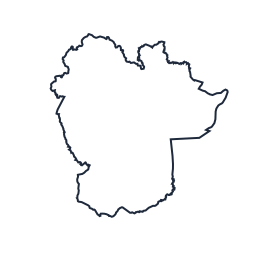 Dinh Quan, Đồng Nai, Vietnam, rotated 196°
{"feature_id": "81297802B49967994067833", "entity_name": "Dinh Quan", "entity_type": "district", "adm_level": 2, "iso_a3": "VNM", "parent_name": "Vietnam", "parent_adm1": "Đồng Nai", "projection": "albers", "projection_center": [107.306, 11.211], "detail": "fine", "context": "isolated", "style": "outline", "palette": "slate", "viewbox_px": 256, "rotation_deg": 196, "n_neighbors": 0, "source": "geoboundaries", "source_scale": "gbopen_adm2", "svg_char_len": 5837}
<svg xmlns="http://www.w3.org/2000/svg" viewBox="0 0 256 256"><g transform="rotate(196 128 128)"><path d="M213.2,144.6L212.4,143.7L210.8,142.8L208.7,144.1L208.6,142.7L208.2,142.2L207.6,142.1L207.3,141.2L206.9,141.0L206.9,140.6L205.7,140.5L205.9,139.8L205.0,139.7L205.1,138.8L204.2,137.6L202.8,137.9L202.5,139.3L202.1,139.9L200.6,139.9L199.4,140.5L198.7,140.2L197.8,140.4L200.7,126.5L200.8,124.1L200.7,122.1L199.5,122.0L198.2,122.3L198.2,121.5L196.8,118.7L196.3,118.7L195.6,117.0L195.4,115.6L194.8,114.9L193.2,114.2L193.0,113.7L193.2,113.2L192.5,112.3L191.7,111.8L189.8,109.3L189.7,108.7L187.9,106.7L188.4,106.4L188.4,105.9L187.8,105.1L187.6,103.9L186.9,102.8L186.7,102.2L185.4,100.9L185.0,100.0L184.1,99.5L183.5,98.3L183.6,97.7L182.4,95.9L181.0,95.2L180.1,94.4L180.4,93.5L178.5,93.6L178.0,93.2L178.1,91.9L178.7,91.0L177.0,90.6L175.7,88.5L175.2,89.0L174.3,88.8L172.5,86.8L171.9,85.6L170.7,85.2L169.4,84.0L169.8,82.8L168.3,82.9L166.3,81.2L165.2,81.9L164.3,82.0L163.5,81.4L163.4,80.7L163.8,80.2L162.8,79.8L162.7,79.4L161.9,79.5L161.6,80.4L161.1,80.6L159.5,83.2L159.0,83.1L158.5,82.1L156.6,81.0L156.2,81.8L154.6,81.6L155.0,79.8L154.8,77.3L155.2,76.6L156.5,75.2L157.7,73.0L159.2,71.3L163.3,69.2L162.6,67.4L162.7,64.8L162.1,62.9L161.3,61.8L159.8,60.7L159.1,56.1L158.1,54.4L157.6,51.1L158.0,49.2L157.4,46.7L157.7,46.5L156.7,45.6L156.0,43.9L155.3,43.6L152.1,44.0L145.0,42.7L143.6,42.1L143.0,40.8L142.5,40.5L140.6,40.5L138.9,39.8L138.2,40.3L137.1,40.0L133.4,36.5L132.1,36.2L131.0,35.5L130.3,36.0L130.8,37.1L130.6,38.1L128.8,38.7L126.9,39.1L124.6,39.2L123.5,38.9L122.7,39.0L122.0,38.2L120.9,38.5L119.1,38.2L117.7,39.2L116.5,41.2L116.1,42.4L116.2,43.5L115.3,44.9L114.8,47.3L114.1,48.0L113.9,48.6L112.1,50.1L111.3,50.2L102.7,47.1L101.5,47.4L100.8,48.1L98.3,47.7L97.8,48.1L97.3,49.2L96.8,49.2L96.3,49.8L95.1,50.4L94.2,50.1L93.8,50.3L93.7,51.2L90.8,51.5L90.4,52.6L88.3,53.6L86.1,57.0L82.5,60.1L80.8,60.5L80.0,61.1L78.4,63.5L78.5,65.5L77.1,66.6L76.5,66.7L76.7,67.2L76.5,67.9L76.1,67.9L76.0,67.4L75.5,67.2L75.3,67.4L75.4,68.1L74.3,68.2L73.3,69.4L72.4,69.6L72.4,70.0L73.0,70.0L72.3,71.9L72.3,72.3L72.9,72.7L72.9,73.4L72.3,74.8L71.9,75.1L70.5,74.8L69.8,75.0L68.9,76.5L68.5,75.8L67.8,76.2L67.7,76.7L68.1,77.7L67.3,79.4L68.2,80.4L67.7,81.3L66.5,81.5L66.5,81.9L67.0,81.9L66.8,82.9L67.5,82.8L67.4,83.6L68.7,83.9L68.7,84.2L68.2,84.5L68.2,85.0L68.8,85.1L69.0,85.6L69.5,86.0L69.7,87.0L70.2,86.8L69.8,88.6L69.4,88.9L70.1,89.8L69.3,89.5L69.2,90.0L69.6,90.5L69.9,91.4L70.3,91.4L70.6,90.6L71.4,91.2L71.6,93.8L72.5,95.4L73.6,101.3L74.8,105.7L77.5,113.4L83.8,128.9L56.7,138.2L48.9,147.5L52.4,147.7L50.3,150.2L48.5,151.5L47.7,152.5L46.3,156.5L46.4,160.5L48.3,168.1L48.4,171.1L47.4,174.5L46.5,175.7L44.4,177.7L43.9,178.8L42.5,184.0L42.1,190.0L42.6,191.0L43.4,191.6L44.9,191.8L46.6,190.1L48.4,187.3L52.2,185.9L55.8,183.0L58.9,182.9L59.1,183.1L60.8,183.3L64.1,184.6L66.5,184.5L70.8,185.2L70.2,187.6L69.1,190.0L68.9,192.3L77.0,192.5L77.3,191.9L79.0,192.5L82.1,194.6L82.2,195.5L83.8,199.0L84.7,199.8L84.8,201.0L85.2,201.3L85.0,201.9L85.4,202.1L85.0,202.6L85.9,202.8L86.6,204.2L86.6,206.1L87.4,206.4L87.8,206.3L88.2,206.8L89.1,205.8L89.3,206.8L90.3,207.3L91.9,206.8L92.2,207.2L92.7,206.7L92.4,206.1L92.6,205.4L92.9,205.6L93.7,205.3L94.3,204.5L94.5,205.0L95.1,205.0L96.4,203.7L96.9,204.0L98.3,204.2L99.4,203.7L99.5,204.2L100.2,204.1L100.3,203.8L100.9,203.9L101.0,203.4L101.6,203.5L101.8,203.3L102.5,203.6L102.5,203.2L102.9,203.6L103.5,203.4L104.7,202.2L105.5,202.4L106.3,201.7L106.9,202.0L107.0,202.4L107.3,202.6L107.3,203.1L107.7,202.8L107.8,203.3L108.5,203.4L108.6,204.1L109.7,204.7L109.4,206.6L110.3,208.0L110.2,208.9L111.2,209.3L111.6,210.1L112.9,210.6L113.4,210.7L113.6,210.4L114.1,210.7L114.6,210.5L114.9,210.7L115.0,211.5L114.8,212.7L114.4,213.2L114.9,213.7L114.7,214.7L115.3,216.3L116.1,216.6L116.9,217.9L116.5,219.4L116.7,220.5L119.4,220.4L121.0,219.6L121.0,219.3L121.9,219.3L122.1,218.8L121.9,218.4L122.4,217.4L123.7,215.9L125.2,215.4L126.6,213.2L126.8,212.1L127.3,212.4L127.3,212.2L129.7,212.9L133.9,213.3L135.3,212.3L135.6,210.9L136.4,210.4L137.0,210.6L137.1,209.8L138.0,209.4L138.3,208.4L139.0,208.2L138.8,207.7L139.4,207.5L138.7,206.5L138.9,206.2L138.7,205.3L139.0,205.1L138.7,204.7L139.2,204.3L138.9,203.5L137.7,202.3L137.6,201.5L136.9,201.2L137.3,200.7L136.9,199.5L137.2,199.7L137.7,199.3L137.9,198.5L137.4,196.1L137.0,196.0L136.9,196.4L136.1,195.8L135.8,196.6L133.5,196.0L132.8,194.9L132.2,194.7L132.2,194.1L131.5,193.7L131.2,192.6L129.5,191.5L129.3,191.1L129.3,189.3L131.1,188.4L131.8,188.6L133.1,191.3L135.8,190.8L136.6,192.3L137.9,191.9L140.3,192.7L143.2,191.3L144.8,192.2L145.8,191.6L147.7,191.5L148.9,192.6L149.1,193.3L149.0,194.5L150.7,195.1L151.9,196.5L152.1,197.4L154.3,199.3L153.9,200.7L154.1,201.3L154.6,201.5L155.7,200.8L156.3,200.9L157.0,203.2L157.9,204.3L158.8,204.6L159.5,204.4L160.1,203.9L160.7,202.5L161.9,202.0L162.8,203.0L163.2,204.6L164.5,205.5L165.5,206.7L167.7,207.6L170.0,207.8L171.2,209.4L172.0,210.0L173.1,209.7L173.0,208.0L173.4,207.5L176.0,208.3L180.1,208.3L183.1,206.1L183.8,205.9L186.1,206.2L188.2,207.3L191.5,207.5L191.9,207.1L191.9,206.3L192.6,204.7L193.9,203.9L195.3,202.4L196.5,199.8L196.2,198.0L194.7,195.7L194.9,194.4L195.8,193.7L197.5,193.7L198.1,192.5L199.3,191.5L199.4,190.8L198.5,189.6L199.2,188.9L201.0,188.8L202.3,188.0L203.0,189.1L203.4,190.7L203.9,191.0L204.6,190.8L204.9,189.8L204.9,188.0L206.3,187.0L206.6,185.5L207.8,183.4L207.9,180.8L208.9,178.4L210.0,177.8L209.8,176.2L208.5,175.2L208.5,173.9L208.3,173.5L206.8,172.3L205.4,170.4L202.7,170.2L201.4,168.4L201.1,167.8L201.0,166.1L200.6,164.5L200.7,164.2L202.1,163.4L203.5,163.7L204.4,163.2L204.8,160.8L205.8,160.4L205.5,158.9L205.7,158.4L206.4,158.4L207.3,159.4L207.8,159.5L211.1,158.0L211.9,157.3L212.0,156.2L210.9,155.2L210.4,153.2L210.5,152.9L211.9,152.3L213.9,149.3L213.9,148.5L213.0,146.6L213.2,144.6Z" fill="none" stroke="#1e293b" stroke-width="2"/></g></svg>